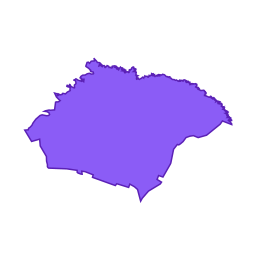 La Libertad, Chiapas, Mexico, rotated 290°
{"feature_id": "50627088B29300823202402", "entity_name": "La Libertad", "entity_type": "district", "adm_level": 2, "iso_a3": "MEX", "parent_name": "Mexico", "parent_adm1": "Chiapas", "projection": "equal_earth", "projection_center": [-91.682, 17.601], "detail": "fine", "context": "isolated", "style": "filled", "palette": "violet", "viewbox_px": 256, "rotation_deg": 290, "n_neighbors": 0, "source": "geoboundaries", "source_scale": "gbopen_adm2", "svg_char_len": 5968}
<svg xmlns="http://www.w3.org/2000/svg" viewBox="0 0 256 256"><g transform="rotate(290 128 128)"><path d="M166.7,224.3L167.5,223.9L167.8,223.1L168.5,222.5L169.0,220.9L169.6,220.9L169.4,220.0L169.6,219.6L170.0,219.8L169.9,220.2L170.4,221.4L170.2,222.3L170.5,222.8L171.0,222.5L170.8,220.9L171.4,221.5L172.1,221.0L172.5,221.2L172.8,220.0L172.7,219.7L172.0,219.7L172.2,218.7L171.9,217.9L172.6,218.3L172.9,219.3L173.2,219.2L173.3,218.6L172.7,217.5L173.6,216.7L174.1,217.9L174.5,217.9L175.0,215.0L175.5,216.3L175.9,216.6L176.2,216.4L176.4,215.3L176.9,216.2L176.7,216.5L177.2,216.7L177.7,215.5L177.3,215.0L177.7,214.6L177.2,214.2L177.3,213.7L177.5,213.0L177.9,213.4L178.5,212.3L178.2,211.1L179.1,211.7L180.0,211.7L180.0,210.7L179.2,210.6L179.8,209.9L180.5,210.3L180.1,209.5L180.3,208.3L180.6,208.2L181.0,208.9L182.0,207.7L182.5,208.2L183.0,207.6L183.1,206.4L182.6,205.7L182.2,206.2L182.0,205.8L182.7,205.1L182.2,205.0L181.7,204.5L182.2,203.9L183.2,203.7L183.7,205.1L184.1,205.3L184.0,203.3L183.9,203.0L183.3,203.1L183.5,202.1L182.9,201.6L184.2,201.6L184.4,201.0L183.9,201.0L183.9,200.0L184.4,199.4L185.1,199.5L185.3,198.6L185.5,199.0L185.8,198.5L185.8,198.2L185.1,198.2L185.2,197.5L184.4,197.9L184.3,197.6L184.7,196.5L185.3,196.6L185.4,196.2L184.9,195.7L185.2,195.3L185.7,195.9L186.1,195.2L186.0,194.6L184.8,194.1L184.6,193.5L184.8,192.0L184.7,190.3L184.8,190.0L185.3,189.9L184.7,188.8L185.1,188.6L185.6,189.0L187.1,188.7L187.3,189.2L187.6,188.8L188.0,189.0L188.3,188.0L188.7,188.0L188.7,187.2L189.3,186.8L189.4,186.3L188.1,183.6L188.1,182.7L188.9,181.9L188.3,181.1L188.3,180.6L188.8,180.3L189.5,181.1L190.1,180.1L189.4,178.6L189.7,177.5L190.2,177.6L191.1,178.3L191.9,177.9L192.2,177.3L192.6,177.5L192.8,176.4L192.3,175.7L192.0,174.6L191.4,174.1L191.8,173.8L191.6,172.8L191.1,172.2L190.4,172.3L190.3,172.0L191.1,171.5L190.3,171.6L190.1,171.3L191.1,171.2L192.1,170.5L191.8,170.2L191.2,170.2L191.7,169.3L191.4,168.6L191.4,168.2L192.3,169.0L192.5,168.7L192.0,167.1L191.5,167.1L191.3,168.0L190.8,167.3L191.4,166.3L192.4,166.5L192.6,164.8L192.0,163.7L190.9,163.7L190.9,163.1L191.2,162.5L191.1,162.0L190.6,161.6L190.8,160.3L190.5,160.1L190.3,161.2L189.9,161.3L189.5,160.4L189.7,159.8L189.1,159.3L189.7,157.1L189.0,156.3L189.3,154.9L188.8,153.2L189.1,152.0L189.5,151.6L189.4,150.5L190.4,149.9L190.2,149.0L189.4,148.5L189.8,147.4L189.4,146.4L190.1,145.1L190.5,143.8L190.3,142.1L189.3,141.5L188.9,139.5L188.5,140.0L187.9,140.0L188.0,139.4L188.5,138.6L188.4,138.2L187.5,137.3L187.1,138.1L186.8,137.6L187.0,136.8L186.4,136.5L186.2,135.8L185.8,135.7L186.3,135.1L187.3,134.7L187.0,134.1L186.3,134.6L185.9,134.5L185.8,134.0L186.2,133.2L187.3,133.3L187.6,133.1L187.1,132.3L187.2,131.6L186.3,131.9L186.3,132.7L185.5,132.7L185.7,131.6L184.6,131.0L184.7,129.9L183.7,130.1L183.4,129.3L182.7,129.6L182.6,129.4L183.1,128.2L182.6,127.1L182.7,126.1L182.2,126.3L181.7,126.2L181.0,125.3L180.4,125.5L180.8,124.4L180.6,124.2L179.2,123.6L178.6,122.7L177.6,122.2L177.6,120.7L178.4,120.6L178.4,120.2L178.1,120.3L177.5,119.4L177.0,119.7L176.8,119.5L177.1,119.1L178.5,118.9L179.1,118.4L180.5,119.5L180.4,117.2L181.1,117.3L181.8,116.9L183.0,116.8L183.2,116.6L183.0,116.0L183.8,115.8L183.0,113.9L183.9,114.4L184.4,114.3L184.2,114.9L184.4,115.4L184.8,115.3L185.4,114.5L185.6,115.1L186.0,115.3L186.2,114.3L185.7,113.0L186.7,112.9L187.2,112.4L187.0,111.8L185.9,111.0L184.3,111.0L183.2,109.4L182.9,109.5L183.0,110.2L182.5,110.2L182.0,109.5L181.2,109.6L180.9,109.3L180.6,109.9L180.4,109.8L180.4,109.2L180.6,108.9L180.6,108.1L180.0,107.1L179.1,106.7L178.8,106.1L179.1,105.7L180.6,106.7L181.6,106.0L181.0,105.1L181.9,104.7L181.9,104.2L180.3,105.1L179.9,105.0L180.1,104.2L179.8,103.1L181.0,104.0L181.8,103.5L181.9,102.9L181.1,102.5L180.9,102.0L182.5,102.1L182.2,100.9L182.7,100.1L180.9,99.4L180.8,99.1L181.2,97.9L181.0,97.7L179.8,99.4L179.4,99.3L179.8,97.9L179.6,97.3L179.8,97.0L180.6,97.1L180.7,96.8L180.6,95.0L181.3,95.5L181.0,96.4L181.4,96.9L181.9,96.1L182.0,95.3L181.8,94.1L180.7,92.1L180.4,91.9L179.5,92.6L178.9,92.3L178.7,91.2L179.0,90.4L178.4,89.6L179.4,88.7L179.5,87.0L178.5,86.8L177.0,85.8L177.2,85.4L178.1,85.2L178.5,84.2L177.9,83.2L178.0,82.4L177.1,83.0L176.8,82.8L177.4,81.3L178.0,82.0L178.5,81.8L178.6,80.4L177.1,80.3L176.4,79.5L178.0,79.4L179.3,80.1L179.7,78.9L179.1,76.8L180.0,75.7L181.6,72.5L181.4,72.4L180.5,73.3L179.6,73.5L178.2,70.6L175.6,69.7L176.3,68.2L175.6,67.1L171.7,67.2L171.4,67.5L170.7,70.4L169.5,73.2L169.0,73.0L168.3,73.8L168.7,76.1L167.5,77.0L167.1,77.0L166.1,75.1L166.2,73.0L165.0,71.1L163.2,69.7L162.1,67.3L160.4,66.1L158.8,65.8L158.6,66.0L158.8,67.0L158.6,67.4L157.7,67.4L157.4,67.7L158.3,68.9L158.7,70.0L156.4,70.5L156.9,69.0L156.8,68.6L156.0,68.5L156.0,68.0L155.9,64.5L156.4,62.6L156.2,62.0L155.4,61.7L154.7,60.8L154.4,60.9L154.5,62.5L152.4,63.8L151.6,63.8L150.0,62.9L147.6,64.0L147.3,63.7L147.3,62.7L147.5,60.4L148.9,58.7L148.9,58.3L148.7,58.3L147.3,59.1L146.8,58.9L146.8,58.3L147.5,56.9L147.3,56.2L146.3,56.2L146.1,56.9L146.4,60.0L144.7,60.1L143.4,60.9L141.0,58.7L138.7,57.6L138.3,54.9L138.0,54.6L137.0,54.6L136.0,53.0L136.2,51.1L135.2,51.6L134.3,50.8L134.4,50.5L135.0,50.5L135.9,50.0L135.7,47.1L132.7,50.1L130.9,53.8L130.6,54.9L129.2,54.1L128.5,53.1L128.0,51.7L127.5,51.1L119.9,52.8L118.1,48.9L117.9,47.7L115.9,44.5L115.1,43.7L115.6,46.0L115.4,48.3L114.0,49.7L112.9,49.3L112.4,48.8L111.7,47.3L111.0,42.8L109.7,41.1L104.8,38.4L100.1,37.0L97.8,36.8L95.3,35.8L93.8,34.7L92.2,34.9L90.7,31.7L82.4,42.0L87.3,48.8L81.1,51.7L73.3,61.1L69.0,62.8L66.1,64.8L64.1,65.5L63.5,66.2L63.2,67.2L68.7,84.4L70.8,94.7L69.0,95.4L68.6,96.4L68.6,99.5L68.9,100.7L71.6,99.3L72.3,102.6L72.1,111.3L69.5,111.5L69.6,135.8L71.8,136.5L72.4,148.9L75.9,148.9L75.0,154.2L73.5,158.0L63.6,164.9L66.8,165.4L75.7,168.8L86.5,177.5L88.6,178.0L89.6,172.9L93.8,173.0L93.9,177.6L108.4,180.1L109.7,180.2L123.6,178.1L129.4,180.0L129.5,181.5L131.1,182.7L134.1,184.4L138.9,185.8L141.5,189.0L143.2,192.1L143.0,197.2L148.1,204.3L163.1,213.3L166.9,214.3L166.7,224.3Z" fill="#8b5cf6" stroke="#5b21b6" stroke-width="1.5"/></g></svg>